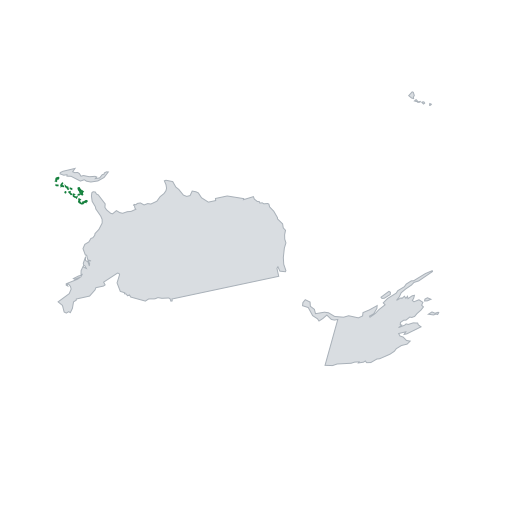 The Bahamas highlighted among its neighbors, rotated 168°
{"feature_id": "BHS", "entity_name": "The Bahamas", "entity_type": "country or territory", "adm_level": 0, "iso_a3": "BHS", "parent_name": "North America", "parent_adm1": "", "projection": "robinson", "projection_center": [-76.093, 23.939], "detail": "fine", "context": "with_neighbors", "style": "filled", "palette": "green", "viewbox_px": 512, "rotation_deg": 168, "n_neighbors": 2, "source": "natural_earth", "source_scale": "50m", "svg_char_len": 7568}
<svg xmlns="http://www.w3.org/2000/svg" viewBox="0 0 512 512"><g transform="rotate(168 256 256)"><path d="M238.0,231.4L347.1,231.4L347.3,229.5L348.6,229.5L349.0,232.2L350.2,233.1L356.9,234.2L360.6,235.7L363.8,235.1L369.9,236.3L373.6,234.9L387.1,241.9L387.4,243.2L388.3,243.7L388.1,244.2L389.9,243.8L390.9,245.8L392.5,246.4L392.0,247.3L396.1,249.6L397.5,258.6L393.3,266.1L393.6,267.3L395.0,268.1L410.5,262.1L409.6,259.1L411.5,258.3L419.2,258.3L420.5,256.3L427.1,251.4L440.7,251.3L441.1,250.1L444.0,249.1L446.5,242.9L449.4,239.2L450.8,240.5L453.4,239.6L455.3,241.1L455.6,247.9L459.1,252.3L446.5,258.0L443.7,262.1L443.8,264.8L445.2,267.5L446.9,267.6L446.4,265.8L447.7,266.9L447.4,268.3L435.4,270.4L432.0,271.9L438.1,270.9L439.3,271.9L433.5,273.4L430.9,273.4L431.0,272.8L429.8,274.2L431.0,274.4L430.1,278.1L427.1,282.0L426.8,280.7L424.5,279.1L425.4,281.9L426.4,282.8L426.5,284.7L422.8,290.8L423.7,287.1L421.6,285.1L421.1,280.9L420.3,283.1L421.2,286.3L418.4,285.5L421.3,287.2L421.5,292.0L422.7,292.4L423.7,299.2L421.0,303.0L416.6,304.5L413.8,307.5L411.7,307.8L409.5,309.7L408.8,311.4L404.1,314.7L399.6,320.2L398.9,323.8L399.6,327.4L402.9,335.3L402.9,337.6L404.9,343.5L404.5,348.9L403.4,352.0L402.0,352.7L399.9,352.0L399.2,349.8L397.6,348.6L392.7,338.3L393.7,334.9L392.5,332.1L389.2,327.9L387.5,327.1L383.1,329.4L380.3,326.8L377.6,325.5L372.7,326.1L368.9,325.6L363.8,326.7L364.5,328.1L364.4,330.2L365.2,331.2L364.4,331.8L362.8,331.1L361.2,332.1L358.0,331.9L354.9,329.2L351.1,329.8L348.0,328.7L341.6,330.2L337.4,334.0L333.0,336.2L330.5,338.6L329.4,340.9L329.2,344.4L330.0,348.6L328.3,348.8L322.0,346.1L320.1,340.1L317.7,337.2L314.4,330.7L311.4,328.7L307.9,328.8L304.9,332.8L301.4,331.3L299.3,329.7L297.2,324.3L291.4,318.6L283.9,318.6L283.7,320.7L271.7,320.7L256.1,314.7L256.6,313.7L246.2,314.6L245.8,312.0L243.4,309.1L241.5,308.5L241.2,307.0L238.8,306.7L237.5,305.4L233.6,304.9L232.6,304.0L232.5,301.2L229.3,296.1L227.0,289.0L227.3,287.9L223.3,281.9L223.5,277.8L221.8,275.0L223.6,270.8L224.4,266.5L224.0,262.6L226.6,257.9L229.6,248.8L230.6,242.1L229.8,235.5L230.5,234.5L235.8,236.2L236.8,240.9L238.1,239.6L238.0,231.4ZM211.2,134.7L189.2,176.9L192.6,177.0L195.5,178.3L199.0,183.5L203.7,180.9L207.9,179.3L208.9,181.8L213.0,185.9L215.6,194.7L220.8,197.7L219.8,200.7L216.9,203.0L212.7,199.7L213.3,195.5L210.0,191.7L209.8,187.2L200.7,186.8L196.9,185.4L191.6,180.5L183.0,177.9L177.8,178.3L168.7,174.2L164.2,175.2L163.1,178.4L156.3,179.7L147.8,182.3L148.7,179.5L152.9,175.0L157.5,173.6L157.2,172.4L151.2,175.0L146.9,178.0L139.9,181.4L141.3,183.7L136.1,187.1L126.6,190.5L124.5,192.6L117.3,195.1L114.9,197.3L109.3,199.4L107.0,199.0L93.9,203.6L86.7,205.0L86.6,204.1L102.0,197.8L107.0,197.3L109.9,195.3L116.7,192.5L121.7,189.8L124.4,186.2L127.8,183.4L122.8,184.9L122.1,184.1L119.2,185.8L118.2,183.4L116.2,185.1L116.2,182.7L111.5,184.6L109.2,184.6L110.6,181.8L112.3,180.0L111.0,178.4L105.7,179.3L102.4,176.0L104.2,173.4L102.8,171.4L105.9,168.8L110.5,166.2L113.4,163.9L116.4,163.5L118.3,164.3L122.6,162.1L124.9,162.5L128.5,161.0L129.2,158.9L127.8,158.1L131.5,156.3L125.0,157.4L123.3,158.4L121.3,157.4L116.1,157.9L111.8,156.8L111.6,155.0L109.3,152.4L124.6,148.5L127.4,148.5L125.3,150.7L132.6,150.5L131.8,147.8L128.9,146.1L126.4,142.1L122.9,140.7L126.5,138.4L132.4,138.2L138.0,136.2L140.4,134.1L145.3,132.1L156.5,129.8L159.2,130.1L165.9,127.9L170.0,128.7L170.9,130.6L172.9,129.8L178.1,130.1L177.2,131.0L181.6,131.7L185.2,131.3L199.1,133.5L203.9,132.9L211.2,134.7ZM90.5,161.0L92.0,161.8L94.5,161.4L99.5,163.2L95.5,164.7L92.8,162.8L89.6,163.1L89.0,162.7L90.5,161.0ZM71.0,378.2L73.3,381.1L69.1,384.1L68.1,383.4L67.8,380.1L69.0,378.7L69.1,377.2L71.0,378.2ZM68.8,374.7L66.9,375.7L65.8,373.9L66.3,373.4L68.8,374.7ZM65.7,372.6L65.5,373.1L63.2,373.0L63.6,372.4L65.7,372.6ZM60.5,369.8L61.9,371.8L61.6,372.1L59.8,371.9L59.2,370.5L60.5,369.8ZM54.9,367.3L54.3,369.0L52.9,368.0L53.9,367.2L54.9,367.3ZM98.0,176.5L100.5,177.0L99.7,178.7L97.0,179.5L93.9,177.3L98.0,176.5ZM139.3,188.0L141.6,188.3L142.3,189.7L133.3,193.8L132.1,192.6L132.7,190.4L139.3,188.0Z" fill="#d9dde1" stroke="#a8b0b8" stroke-width="1"/><path d="M395.0,362.3L402.2,362.7L406.4,364.5L408.1,366.3L412.2,365.8L420.3,372.4L424.3,373.4L424.0,374.8L427.3,375.0L430.6,377.1L430.1,378.3L427.2,379.0L414.8,379.3L417.8,376.5L416.0,375.2L413.1,374.8L411.6,373.3L410.6,370.4L408.1,370.6L402.6,368.2L396.9,367.4L395.4,366.4L397.0,365.1L392.7,364.9L389.5,367.5L387.7,367.6L387.0,368.8L384.8,369.4L383.0,368.9L388.3,364.4L395.0,362.3Z" fill="#d9dde1" stroke="#a8b0b8" stroke-width="1"/><path d="M414.9,354.6L414.9,355.2L414.9,355.6L414.9,355.8L414.4,356.1L414.3,356.3L413.9,356.5L413.6,356.7L413.4,356.3L413.2,356.1L413.1,355.7L412.9,355.8L412.7,355.7L412.2,355.4L411.9,355.0L412.3,354.9L412.4,355.2L412.7,354.8L412.6,354.7L412.5,354.3L413.0,353.5L413.1,353.0L412.9,352.1L413.1,352.0L413.6,352.3L413.9,352.6L413.9,353.0L414.1,353.4L414.5,354.1L414.9,354.6ZM415.3,356.9L415.3,357.0L414.9,357.3L415.2,357.6L415.5,357.1L415.7,357.5L415.8,358.2L415.8,358.4L415.8,358.5L415.9,358.8L415.6,359.5L414.8,359.4L414.8,358.9L414.6,358.8L414.4,358.0L414.2,357.7L413.8,357.0L414.0,356.9L414.3,356.9L414.8,356.8L415.1,356.7L415.3,356.9ZM435.7,372.5L435.6,372.9L435.1,373.6L434.1,373.8L432.9,373.8L432.8,373.6L432.8,373.4L432.9,373.2L433.2,372.8L433.5,372.5L433.9,372.5L434.5,372.7L434.8,372.7L435.2,372.4L435.6,371.9L435.8,372.0L435.7,372.5ZM417.2,348.5L416.7,348.0L416.4,347.8L416.9,347.5L417.1,347.2L417.1,346.5L417.2,346.1L417.2,345.8L417.3,345.5L417.2,345.1L416.8,344.8L416.0,343.6L414.7,343.4L414.1,343.4L414.4,343.2L414.8,343.2L415.3,343.3L415.9,343.4L416.2,343.7L416.6,344.1L416.9,344.3L417.0,344.4L417.0,344.6L417.5,344.9L417.9,345.3L418.0,346.3L417.5,346.7L417.4,348.2L417.2,348.5ZM411.7,344.2L412.2,344.4L412.5,344.4L413.4,344.3L414.1,344.2L414.2,344.4L414.2,344.6L412.8,344.7L411.6,345.1L410.9,345.4L410.6,345.4L410.3,345.3L409.5,344.4L409.7,344.5L410.3,345.0L410.7,344.9L411.1,344.6L411.1,344.4L411.2,343.9L411.7,344.2ZM419.7,350.6L420.4,351.2L421.1,351.4L421.7,352.1L422.0,352.3L422.1,352.6L421.9,353.7L421.8,354.3L421.8,354.9L421.7,354.7L421.5,354.3L421.2,354.1L421.6,354.0L421.7,353.4L421.9,352.9L421.9,352.5L421.3,351.9L420.9,351.5L420.4,351.3L419.8,350.9L419.5,350.8L419.1,350.9L419.3,350.6L419.4,350.3L419.5,350.2L419.7,350.6ZM427.7,363.8L427.1,362.9L426.4,362.7L426.0,362.4L426.3,362.2L426.4,361.9L426.3,361.6L425.9,360.9L425.7,360.4L425.6,359.9L426.0,360.5L426.2,361.0L426.5,361.6L426.7,362.5L427.2,362.8L427.7,363.3L427.7,363.8ZM430.5,367.3L430.2,367.4L430.2,367.2L430.8,366.7L431.2,366.3L431.3,366.2L431.7,365.9L431.8,365.7L431.5,365.1L431.5,364.9L431.6,364.7L432.0,364.6L431.9,364.9L432.1,365.6L431.5,366.5L431.0,366.8L430.5,367.3ZM425.6,357.2L425.6,357.4L425.3,357.4L424.9,357.5L424.7,357.5L424.8,357.3L425.1,357.0L425.2,356.8L424.8,356.5L424.4,355.7L424.2,355.5L424.1,355.2L423.7,354.8L423.8,354.7L424.1,354.7L424.6,355.9L424.7,356.0L425.6,357.2ZM435.6,366.2L435.9,366.3L436.0,366.3L436.5,366.4L436.8,366.6L436.7,366.9L436.3,366.5L435.9,366.5L435.3,366.5L435.1,366.4L435.2,366.1L435.6,366.2ZM431.1,364.7L431.2,364.8L430.9,365.0L430.3,364.7L430.2,364.7L430.0,364.3L430.0,364.1L430.4,364.2L430.6,364.5L431.1,364.7ZM416.7,353.0L416.2,353.1L415.8,353.0L415.7,352.9L415.9,352.8L416.2,352.7L416.7,352.6L417.0,352.8L416.7,353.0ZM424.0,361.0L423.9,361.0L423.5,360.9L422.8,360.3L422.4,360.2L422.5,359.8L422.8,360.0L423.4,360.5L423.6,360.8L424.0,361.0ZM429.5,357.8L429.1,358.4L428.9,358.3L429.0,357.6L429.3,357.5L429.5,357.8ZM436.2,370.9L435.6,371.1L435.5,370.9L435.8,370.6L436.2,370.9Z" fill="#22c55e" stroke="#15803d" stroke-width="1.5"/></g></svg>